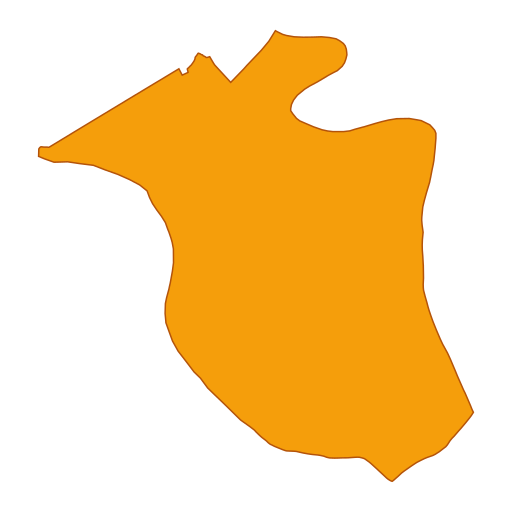 outline of Phu Tan, An Giang, Vietnam
{"feature_id": "81297802B56486108937036", "entity_name": "Phu Tan", "entity_type": "district", "adm_level": 2, "iso_a3": "VNM", "parent_name": "Vietnam", "parent_adm1": "An Giang", "projection": "albers", "projection_center": [105.28, 10.655], "detail": "fine", "context": "isolated", "style": "filled", "palette": "amber", "viewbox_px": 512, "rotation_deg": 0, "n_neighbors": 0, "source": "geoboundaries", "source_scale": "gbopen_adm2", "svg_char_len": 3638}
<svg xmlns="http://www.w3.org/2000/svg" viewBox="0 0 512 512"><path d="M54.0,162.2L61.7,162.0L67.6,161.8L79.7,163.6L93.4,165.3L105.2,169.9L117.9,174.4L129.4,179.5L139.6,184.9L147.1,190.9L149.5,197.4L152.6,203.7L156.8,210.0L161.4,216.2L165.4,222.6L167.7,229.1L169.0,232.3L171.1,238.5L172.2,242.4L173.4,248.9L173.5,262.8L172.4,271.2L170.2,283.3L169.6,285.8L168.9,289.2L168.4,291.0L166.6,297.7L165.4,303.5L165.1,313.5L165.9,322.2L165.9,322.7L168.8,330.8L172.5,341.0L178.1,351.1L186.6,362.1L194.1,372.0L200.4,378.1L207.7,388.0L210.3,390.5L214.4,394.5L224.5,404.2L229.2,408.8L240.2,419.6L241.0,420.3L250.0,426.7L254.4,430.1L256.2,432.1L259.4,435.2L261.6,437.2L263.4,438.6L265.0,439.8L266.5,441.0L268.1,442.6L269.2,443.5L270.3,444.3L271.2,444.7L271.5,444.8L274.4,446.3L277.1,447.4L282.5,449.6L285.3,450.6L286.7,450.9L288.4,451.0L291.1,451.1L293.5,451.2L296.2,451.4L298.8,452.0L303.2,453.0L308.2,453.9L312.5,454.5L313.6,454.6L317.8,455.0L320.3,455.4L323.9,456.2L326.5,457.2L328.1,457.6L329.6,457.9L331.2,458.0L331.5,458.0L334.6,458.1L339.0,458.0L340.8,457.9L347.7,457.8L354.8,457.3L357.0,457.2L358.2,457.2L359.6,457.3L360.8,457.6L362.1,457.9L364.3,458.6L365.4,459.3L369.3,462.1L371.4,463.9L376.0,468.1L379.2,471.1L383.3,474.9L386.7,478.1L388.2,479.3L390.5,480.7L391.8,481.2L392.1,481.3L392.4,481.2L393.7,480.2L396.5,477.7L397.9,476.5L401.6,473.0L404.5,470.8L411.5,465.9L414.5,463.9L417.0,462.3L420.9,460.3L424.4,458.6L427.3,457.4L432.8,455.5L435.2,454.3L437.7,452.7L439.3,451.7L443.3,448.6L445.8,446.7L447.4,444.8L450.1,440.6L452.1,438.2L454.1,436.2L459.0,430.5L461.0,428.3L466.2,422.1L469.4,418.1L471.3,415.6L472.5,413.7L473.0,413.0L473.4,412.2L473.2,411.9L472.1,409.6L471.6,408.4L470.5,405.6L465.1,393.1L463.6,390.1L457.4,376.0L455.4,371.1L450.4,359.3L447.5,353.0L442.7,344.3L440.3,339.2L436.4,330.1L432.9,321.4L430.9,315.8L429.1,310.5L427.9,306.4L427.0,302.9L425.1,296.3L424.0,292.0L423.7,290.9L423.5,289.9L423.3,287.6L423.2,284.3L423.5,278.1L423.4,271.3L423.3,265.3L423.2,264.0L422.8,256.5L422.3,250.0L422.2,244.9L422.4,239.7L423.1,232.3L422.6,228.6L422.1,225.0L421.7,220.2L421.8,217.1L422.8,206.9L424.4,200.2L426.5,192.6L429.6,182.3L430.2,179.3L430.7,177.0L430.8,176.4L432.0,170.1L433.2,164.4L433.9,160.4L434.4,155.3L435.1,148.7L435.9,138.3L435.9,133.3L434.7,130.3L432.6,127.8L429.8,124.8L421.2,120.6L417.0,119.8L409.2,118.5L396.7,118.7L388.7,120.0L381.9,121.6L374.7,123.6L363.8,126.9L363.2,127.0L355.1,129.2L349.7,130.9L343.6,131.6L340.3,131.6L336.2,131.6L332.8,131.6L327.7,131.0L322.1,129.8L313.5,126.8L304.6,123.0L299.8,120.9L296.5,118.4L292.7,113.7L290.7,110.7L290.7,108.6L291.5,104.4L293.6,100.0L297.3,95.2L304.6,89.2L309.5,86.1L317.4,81.9L328.4,75.3L333.8,72.4L337.4,70.6L337.7,70.3L342.2,66.3L344.5,62.8L345.9,59.0L346.9,54.9L346.7,52.2L346.3,49.1L345.2,45.9L343.4,43.5L339.6,40.7L336.1,38.8L329.4,37.5L321.5,36.8L312.4,37.1L303.2,37.2L294.2,36.8L286.5,35.5L282.7,34.4L277.4,31.8L275.4,30.7L274.7,31.8L268.8,41.3L261.3,50.3L246.6,65.7L246.1,66.3L243.7,69.0L230.7,82.4L220.4,71.2L214.7,65.0L213.4,63.0L209.7,56.7L208.1,57.2L207.5,57.4L206.2,57.5L205.8,57.2L205.2,56.7L204.3,56.2L203.4,55.9L203.0,55.6L202.8,55.2L202.5,54.9L202.2,54.8L201.5,54.7L201.0,54.4L200.5,54.0L198.8,53.3L198.3,53.2L198.0,53.4L196.8,55.2L195.3,57.1L195.1,57.7L195.1,58.3L194.7,59.6L194.1,60.9L193.0,62.6L191.2,65.1L190.4,65.8L188.6,67.7L187.4,68.7L187.3,69.1L187.5,69.9L188.1,72.3L187.9,72.5L182.2,75.1L178.9,68.8L135.2,95.1L95.0,119.4L76.0,130.9L49.3,147.1L48.5,147.3L47.3,147.1L44.5,147.1L43.1,147.0L41.7,146.8L40.9,146.8L40.1,147.3L39.7,147.7L39.0,148.6L38.8,149.1L38.6,156.4L44.4,158.8L54.0,162.2Z" fill="#f59e0b" stroke="#b45309" stroke-width="1.5"/></svg>